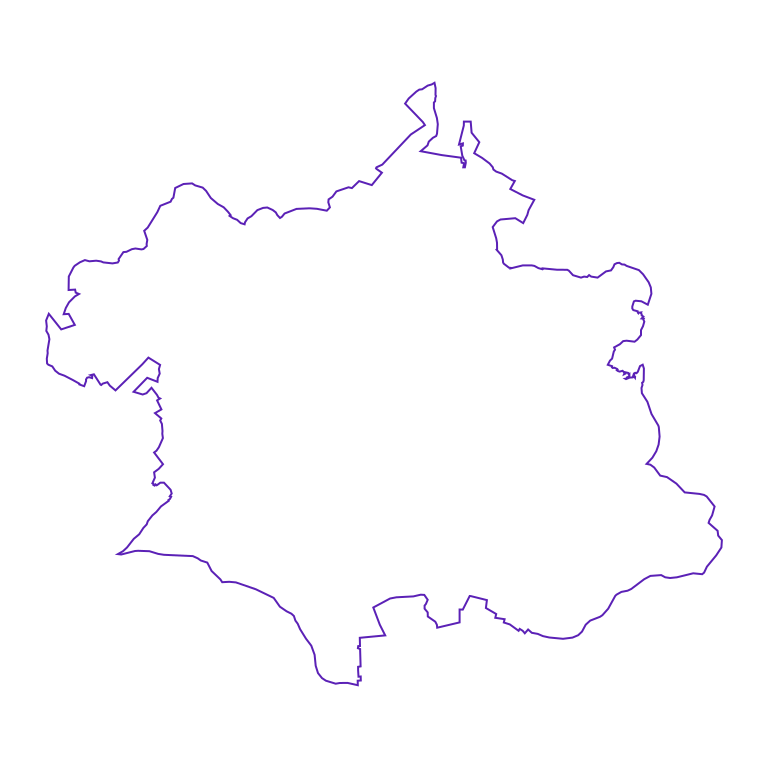 Cojocna, Cluj, Romania
{"feature_id": "2599482B9725035335069", "entity_name": "Cojocna", "entity_type": "district", "adm_level": 2, "iso_a3": "ROU", "parent_name": "Romania", "parent_adm1": "Cluj", "projection": "equal_earth", "projection_center": [23.848, 46.739], "detail": "fine", "context": "isolated", "style": "outline", "palette": "violet", "viewbox_px": 768, "rotation_deg": 0, "n_neighbors": 0, "source": "geoboundaries", "source_scale": "gbopen_adm2", "svg_char_len": 6058}
<svg xmlns="http://www.w3.org/2000/svg" viewBox="0 0 768 768"><path d="M702.2,574.2L704.1,572.6L706.9,566.7L716.2,555.4L721.4,547.5L721.9,540.1L718.2,535.6L717.6,530.8L708.6,522.9L709.6,519.8L712.1,515.4L714.6,506.5L706.7,496.5L704.0,494.9L699.4,493.9L684.7,492.4L676.4,483.6L667.0,477.1L660.2,475.6L654.2,467.5L650.4,464.7L646.6,463.9L652.4,457.7L656.3,451.2L658.6,444.6L659.6,436.6L658.8,427.1L658.3,425.5L651.5,414.0L647.4,401.8L641.9,393.2L641.5,388.0L642.5,385.0L642.1,382.8L643.3,381.8L643.7,380.2L643.9,368.5L642.7,364.7L640.0,366.1L637.8,371.8L636.5,373.2L635.2,372.8L634.0,373.5L634.3,374.9L633.8,375.6L635.1,376.8L635.0,377.7L634.2,376.6L633.5,377.0L633.1,376.0L632.6,377.4L629.7,377.6L626.0,379.1L625.3,378.7L627.1,378.3L627.0,377.4L629.4,376.4L629.4,373.8L628.6,374.2L628.1,372.9L625.0,372.2L625.4,373.6L624.0,374.3L624.5,372.9L622.6,370.8L619.7,371.6L618.1,371.1L616.9,370.3L617.6,369.5L617.2,369.0L614.4,367.7L612.8,368.0L611.9,367.3L612.1,366.2L607.8,364.8L610.0,360.6L612.1,358.6L613.8,351.5L615.0,349.7L614.1,347.4L619.9,344.2L623.2,341.1L626.6,340.7L634.6,341.7L637.3,339.6L641.0,335.1L641.0,330.1L643.0,326.2L644.3,321.6L643.3,319.4L643.7,318.7L641.7,318.5L643.4,316.6L641.7,315.4L641.7,314.3L640.9,313.2L641.2,312.4L638.8,312.7L638.4,313.3L637.8,312.6L637.7,311.3L633.3,310.1L632.3,308.5L632.3,306.5L633.9,301.4L635.6,300.7L641.4,301.3L647.8,304.7L651.4,293.8L650.8,287.4L648.7,282.3L643.1,274.3L638.9,270.1L626.6,265.9L624.6,264.6L621.9,264.4L619.3,262.8L616.9,263.1L614.5,264.3L613.3,267.2L611.0,270.4L606.0,271.4L597.6,277.6L591.2,276.6L589.1,275.1L587.2,277.0L584.1,276.6L581.0,277.6L573.0,275.2L568.9,270.7L567.3,269.8L556.7,269.7L542.9,268.4L543.1,268.9L542.6,269.3L538.4,268.1L534.4,265.9L531.7,265.4L522.8,265.4L510.6,268.4L510.7,267.9L509.0,267.7L503.8,263.7L503.1,262.5L502.8,259.5L501.4,255.2L496.5,249.6L497.1,249.1L497.0,242.7L496.2,238.3L492.7,227.1L497.0,221.4L500.5,219.5L515.3,218.2L523.2,223.1L527.3,214.9L528.6,210.2L534.3,199.8L522.7,195.4L510.3,189.0L514.8,181.0L512.2,180.2L501.8,173.6L496.2,171.6L493.4,169.5L492.8,167.3L489.6,163.5L482.1,157.9L474.2,153.2L479.3,142.2L471.6,132.7L470.7,121.6L463.9,121.6L463.8,125.6L459.0,144.5L462.9,143.4L462.8,145.6L460.7,146.3L462.3,155.7L464.5,160.4L465.6,160.5L465.8,162.8L464.9,167.3L463.3,167.3L464.1,163.2L461.6,162.7L461.0,157.7L441.8,155.1L420.7,151.2L427.5,145.4L428.8,141.6L432.9,137.8L436.2,136.0L437.0,133.7L437.8,124.2L436.9,118.0L433.9,108.1L433.9,102.5L435.1,101.3L435.3,98.0L436.0,96.0L435.5,95.0L435.6,88.1L434.5,82.8L431.8,84.4L427.7,85.6L422.1,89.3L419.3,89.6L416.3,91.6L408.7,98.5L405.1,103.6L422.9,122.1L424.9,125.1L410.8,134.5L382.3,164.6L376.5,167.3L376.0,168.3L376.5,168.9L381.9,172.7L371.8,185.1L359.1,181.1L351.9,188.1L348.5,187.3L336.4,191.4L332.5,196.7L328.6,199.4L328.3,202.3L329.9,207.4L326.8,210.7L316.9,208.8L309.6,208.3L296.5,208.9L284.6,213.5L281.9,216.8L280.0,218.0L277.3,215.1L275.8,212.4L272.7,210.0L267.3,207.5L263.1,207.9L257.4,210.1L251.4,216.2L247.6,218.4L245.0,222.3L244.6,224.3L240.7,223.1L237.1,219.8L233.0,218.2L229.6,215.9L230.6,215.1L227.9,211.7L223.7,207.3L217.8,204.0L210.8,198.0L206.1,190.9L202.7,187.6L195.2,185.4L192.1,183.4L183.5,184.0L175.2,188.0L173.4,197.7L171.9,199.0L170.6,201.7L160.3,205.8L157.3,212.2L147.7,227.6L144.2,230.8L147.3,239.9L146.6,244.0L146.8,246.0L143.5,249.0L141.5,249.4L135.4,248.5L131.8,249.2L126.5,251.8L123.4,252.1L118.6,259.1L119.0,260.6L117.8,262.5L112.5,263.4L103.3,262.4L101.0,261.4L96.2,260.7L89.4,261.3L84.9,260.1L79.9,262.3L74.7,265.8L73.4,267.5L68.8,276.5L68.6,290.0L75.1,289.6L75.7,292.6L79.0,294.0L74.9,296.4L69.0,302.3L65.8,308.0L63.7,314.2L68.7,313.9L74.8,324.9L61.2,329.4L48.8,313.8L46.1,320.5L46.8,326.4L46.3,330.9L48.5,334.7L49.4,339.2L47.5,350.6L47.7,353.2L46.8,358.7L47.1,363.5L48.3,364.7L52.3,366.4L55.2,370.7L59.0,373.7L64.5,375.7L73.0,380.1L79.4,383.7L79.3,384.4L80.3,384.8L84.2,386.2L86.1,381.0L86.0,379.5L87.1,377.7L89.1,377.2L92.1,378.1L92.3,375.9L90.7,375.1L93.9,374.3L100.5,384.6L101.2,385.0L102.8,383.6L107.4,382.2L109.8,385.6L115.5,390.4L142.3,364.3L148.4,357.6L160.1,364.9L158.9,369.1L159.7,373.6L157.7,378.1L157.5,381.8L147.2,377.8L133.6,391.8L142.7,394.5L146.5,393.2L151.5,387.8L157.0,394.9L158.5,397.7L160.1,398.5L157.1,400.4L161.4,409.4L155.0,413.1L161.3,418.5L160.2,420.5L161.9,423.9L162.5,431.0L162.3,433.8L162.9,438.1L158.9,447.2L156.5,450.7L154.1,452.5L163.0,464.2L158.7,468.9L154.1,472.3L154.9,477.6L152.4,483.3L153.4,483.7L153.3,484.9L154.6,485.6L155.6,484.4L156.6,485.3L157.2,485.0L160.3,482.7L164.0,482.7L170.6,489.8L171.7,493.5L169.8,496.3L171.1,496.8L169.9,499.0L168.4,500.1L168.7,500.8L161.0,506.4L156.3,512.0L152.4,515.4L147.8,521.2L146.7,524.4L143.4,527.9L139.2,534.3L133.8,538.8L127.0,547.5L123.0,551.2L117.9,554.1L121.2,554.5L135.0,551.0L138.0,550.8L149.4,551.2L158.2,553.9L164.0,554.8L192.8,556.1L197.7,558.3L200.8,560.5L207.3,562.6L211.6,571.0L220.4,579.4L222.2,582.2L229.2,581.8L235.9,582.4L255.9,589.3L273.7,597.9L279.9,606.7L286.6,611.3L291.4,613.7L293.9,616.0L295.4,620.6L297.7,623.7L300.1,629.2L306.0,638.7L311.3,645.7L314.6,654.8L315.7,665.8L318.0,673.1L322.0,678.1L325.9,680.7L335.7,683.7L339.8,683.0L347.5,682.9L357.8,685.2L357.7,680.7L360.8,680.5L360.7,676.5L358.5,676.7L358.1,670.2L358.1,666.8L360.6,666.4L360.1,649.0L357.9,648.2L358.2,646.1L360.0,646.0L359.8,637.8L385.2,635.4L379.8,624.7L373.3,607.5L390.1,598.5L396.4,597.3L413.4,596.4L420.7,594.7L424.3,594.9L427.7,599.8L425.9,604.0L424.6,605.6L424.6,608.7L427.7,612.4L427.8,616.5L435.3,621.7L436.9,624.8L437.2,627.7L459.6,622.4L459.6,609.5L462.8,609.6L469.7,596.0L470.8,596.1L486.9,600.1L485.9,608.0L496.2,614.0L495.3,617.8L504.6,619.2L503.8,622.5L509.8,624.4L518.6,630.8L519.7,628.9L522.7,630.8L524.8,633.3L528.1,629.5L531.8,632.8L537.8,633.9L542.9,636.1L549.3,637.5L563.0,638.8L572.5,637.6L578.2,635.2L582.0,631.6L585.7,624.7L590.2,620.6L600.0,616.8L602.4,615.2L608.2,608.7L615.3,595.8L616.6,594.6L621.4,591.9L627.6,590.7L631.2,589.0L644.2,579.2L650.4,575.9L661.2,575.1L665.2,577.3L670.1,578.0L676.9,577.3L693.2,573.3L702.2,574.2Z" fill="none" stroke="#5b21b6" stroke-width="2"/></svg>